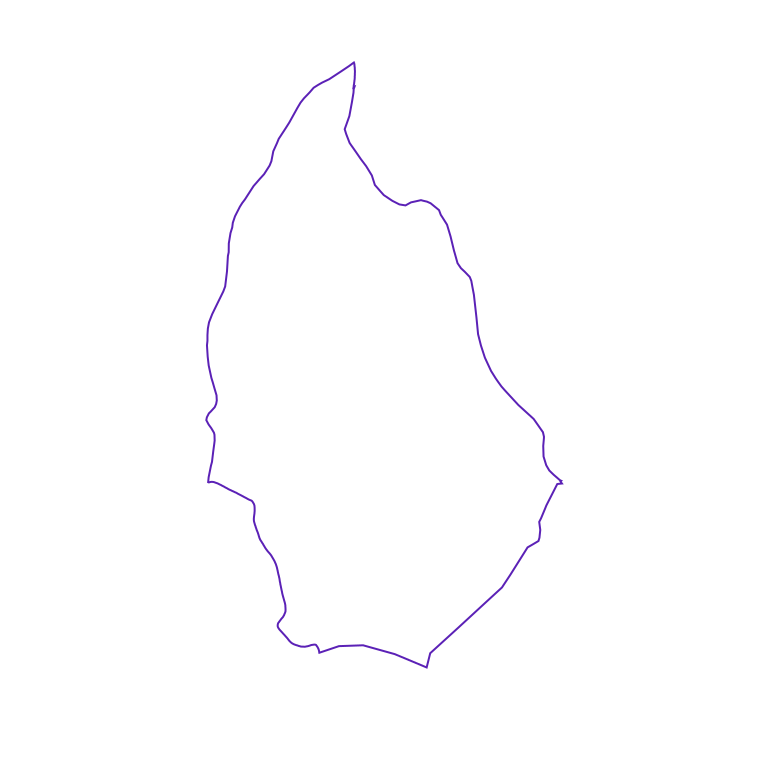 outline of L'Eau Mineau, Micoud, Saint Lucia, rotated 207°
{"feature_id": "8701671B61376458937885", "entity_name": "L'Eau Mineau", "entity_type": "district", "adm_level": 2, "iso_a3": "LCA", "parent_name": "Saint Lucia", "parent_adm1": "Micoud", "projection": "natural_earth1", "projection_center": [-60.921, 13.807], "detail": "fine", "context": "isolated", "style": "outline", "palette": "violet", "viewbox_px": 768, "rotation_deg": 207, "n_neighbors": 0, "source": "geoboundaries", "source_scale": "gbopen_adm2", "svg_char_len": 5938}
<svg xmlns="http://www.w3.org/2000/svg" viewBox="0 0 768 768"><g transform="rotate(207 384 384)"><path d="M180.3,376.1L180.9,376.4L181.6,376.8L182.6,377.4L182.2,378.2L183.7,378.2L186.9,379.0L191.4,380.1L194.7,381.1L197.5,382.0L201.7,384.7L202.6,385.3L208.9,391.8L214.0,401.1L216.7,407.8L217.5,409.6L220.5,413.2L229.5,418.0L234.8,420.8L254.8,426.3L271.3,432.4L272.3,432.8L272.9,433.0L278.2,435.1L282.9,437.5L285.7,439.0L287.5,440.0L294.5,444.2L303.7,451.4L306.1,453.3L315.1,462.3L317.2,464.7L322.8,471.1L331.8,485.2L344.4,504.3L349.2,510.5L353.0,515.5L354.7,517.0L356.2,518.3L363.1,520.7L368.0,522.1L373.3,525.0L380.4,532.7L382.1,534.5L391.7,545.7L400.2,554.6L407.6,559.0L410.2,560.5L413.9,563.9L424.5,566.2L428.5,566.0L432.1,565.1L434.5,564.6L439.1,560.8L442.4,558.1L444.1,555.6L445.9,552.9L451.8,551.0L459.7,551.0L469.9,552.2L474.8,554.1L482.5,557.2L489.5,564.3L498.8,570.0L506.8,573.9L511.4,576.4L516.8,579.3L522.1,582.1L524.1,583.2L529.0,587.6L531.0,589.4L532.1,590.5L534.7,593.2L535.3,597.9L536.5,607.0L540.6,620.8L543.4,629.6L544.6,632.4L544.9,633.1L545.2,635.3L545.8,634.4L546.1,635.4L546.5,636.3L546.7,637.0L546.9,637.8L547.2,638.6L547.5,639.3L547.7,640.0L548.1,640.9L548.3,641.6L548.6,642.4L549.0,643.3L549.3,644.0L549.7,644.7L550.0,645.5L550.4,646.4L550.8,647.1L551.1,647.8L551.4,648.5L551.9,649.5L552.3,650.2L552.7,650.8L553.1,651.5L553.4,652.1L553.8,652.8L554.4,653.6L554.9,654.4L555.3,655.1L555.7,655.6L556.1,656.2L556.8,656.8L559.5,651.4L564.3,642.8L571.2,630.7L576.0,624.4L578.6,620.4L581.2,616.0L582.6,610.2L585.0,602.3L586.1,596.9L586.5,590.9L587.1,573.9L587.7,567.6L589.1,554.6L588.7,550.0L588.3,541.1L585.5,531.4L585.1,526.7L586.1,516.5L587.7,510.7L590.1,501.1L591.7,485.3L592.5,480.9L592.9,476.5L592.9,465.8L591.9,459.0L590.3,454.6L589.3,448.8L586.1,438.8L582.2,430.9L581.2,427.2L575.0,413.0L569.8,398.8L569.2,393.5L569.0,380.2L568.8,368.3L567.9,359.5L566.1,353.4L563.5,347.4L560.9,342.3L559.3,338.1L553.5,328.3L548.6,320.9L540.6,311.1L537.2,307.6L533.3,303.4L528.1,297.9L525.5,293.4L524.5,290.0L524.3,286.5L525.9,280.7L526.7,278.3L526.7,273.9L525.9,271.1L521.9,268.3L517.8,266.2L513.4,263.4L512.0,261.8L509.2,256.7L508.0,253.4L505.4,246.0L501.9,236.5L501.1,232.7L497.9,221.3L496.1,216.7L495.4,216.8L494.8,217.3L494.3,217.8L493.6,218.3L493.0,218.6L492.4,218.9L491.6,219.2L490.9,219.4L490.1,219.5L488.5,219.7L487.2,219.9L486.5,219.9L485.7,219.9L485.1,219.9L484.3,219.9L483.6,220.0L482.7,219.9L482.0,219.9L481.3,219.9L480.5,219.9L479.7,219.9L478.7,219.8L477.9,219.8L476.8,219.8L476.1,219.8L475.2,219.7L474.0,219.7L473.4,219.7L472.2,219.8L471.1,219.8L470.4,219.8L469.6,219.9L468.7,219.9L467.6,219.9L467.0,220.0L466.2,220.0L465.5,220.0L464.7,219.9L464.1,219.9L463.1,219.9L462.4,219.9L461.5,219.9L460.8,219.9L459.8,219.9L459.1,219.8L458.4,219.9L457.5,219.8L456.8,219.8L456.2,219.8L455.3,219.8L454.4,219.8L453.7,219.7L452.9,219.7L452.2,219.7L451.5,219.7L450.5,219.8L449.6,219.9L448.9,219.9L448.0,219.6L447.3,219.2L446.7,218.8L446.0,218.4L445.3,217.9L444.7,217.3L444.2,216.8L443.8,216.1L443.4,215.5L442.9,214.6L442.1,213.1L441.7,212.3L441.3,211.4L441.0,210.6L440.6,209.7L440.1,208.2L439.8,207.4L439.5,206.5L439.1,205.6L438.8,204.8L438.3,203.9L437.7,202.9L437.2,202.3L436.4,201.4L435.8,200.8L435.3,200.2L434.8,199.7L434.3,199.3L433.6,198.6L433.1,198.0L432.6,197.6L432.1,197.1L431.6,196.6L431.0,196.0L430.4,195.5L429.7,194.9L429.1,194.4L428.4,193.7L427.8,193.1L427.2,192.5L426.6,191.8L426.1,191.4L425.7,190.9L425.0,190.2L424.2,189.6L423.7,189.1L423.1,188.8L422.5,188.4L421.7,188.0L421.1,187.6L420.5,187.2L419.7,186.8L419.0,186.4L418.5,186.0L417.7,185.5L417.0,185.1L416.4,184.7L415.8,184.3L415.3,184.0L414.7,183.7L414.2,183.4L413.4,183.0L412.7,182.7L411.8,182.2L411.2,182.0L410.3,181.6L409.7,181.4L408.9,181.1L408.3,180.8L407.6,180.5L406.6,180.0L405.7,179.4L404.9,178.9L404.1,178.4L403.3,177.9L402.4,177.3L401.5,176.7L400.8,176.2L400.0,175.5L399.1,174.8L398.6,174.4L397.9,173.7L397.4,173.2L396.8,172.6L396.3,172.1L395.8,171.5L395.2,170.8L394.5,169.9L394.0,169.4L393.6,168.8L393.0,168.1L392.5,167.5L392.0,166.8L391.5,166.3L391.0,165.7L390.5,165.2L389.9,164.4L389.3,163.7L388.8,163.1L388.3,162.4L387.8,161.7L387.4,161.1L386.7,160.2L386.0,159.4L385.6,158.7L385.0,158.0L384.6,157.5L384.1,156.9L383.5,156.1L382.6,155.0L381.9,154.1L381.3,153.4L380.8,152.8L380.3,152.2L379.9,151.6L379.4,151.0L378.7,150.2L378.0,149.4L377.4,148.8L377.0,148.3L376.4,147.7L375.7,146.9L375.2,146.4L374.7,145.8L374.2,145.3L373.1,144.1L372.4,143.3L371.8,142.5L371.4,142.0L371.1,141.4L370.7,140.7L370.2,139.9L369.7,139.0L369.3,138.3L369.0,137.6L368.6,136.9L368.5,136.2L368.3,135.4L368.3,134.5L368.2,133.5L368.1,132.6L368.2,131.8L368.2,130.8L368.4,129.8L368.6,129.1L368.8,128.3L369.0,127.4L369.1,126.6L369.2,125.9L369.4,125.1L369.5,124.1L369.7,123.4L369.7,122.5L369.5,121.6L369.2,120.8L368.8,120.0L368.4,119.5L367.7,118.9L367.2,118.6L366.3,118.1L365.5,117.7L364.5,117.3L363.8,117.1L363.2,116.8L362.5,116.6L361.5,116.2L360.5,115.8L359.4,115.4L358.8,115.2L358.1,114.9L357.3,114.6L356.6,114.3L355.7,114.0L354.8,113.6L354.1,113.3L353.5,113.0L352.7,112.6L352.1,112.4L351.4,112.0L350.8,111.9L350.0,111.6L349.2,111.4L347.8,111.2L346.8,111.2L345.7,111.2L345.1,111.3L344.2,111.4L343.6,111.5L343.0,111.6L342.3,111.8L341.6,111.8L341.0,111.9L340.2,112.1L339.6,112.2L338.9,112.3L338.2,112.6L337.6,112.9L336.9,113.2L336.3,113.5L335.6,113.8L334.9,114.2L334.3,114.7L333.7,115.2L333.1,115.6L332.3,116.3L331.8,116.8L331.1,117.5L330.6,118.1L329.9,118.7L329.2,119.2L328.6,119.6L328.1,120.0L327.5,120.3L326.7,120.6L326.0,120.6L325.3,120.2L324.7,119.9L324.1,119.6L323.5,119.2L322.8,118.7L322.2,118.3L321.8,117.8L321.2,117.3L320.5,116.4L320.0,115.7L319.6,115.2L305.1,130.0L284.0,141.7L251.8,148.2L217.3,150.8L220.6,165.1L207.3,200.3L194.4,235.1L186.5,256.3L186.3,258.3L184.8,271.6L181.9,303.6L179.1,307.9L175.1,314.2L175.7,317.6L178.5,324.9L183.1,331.6L183.1,335.6L183.9,346.1L184.2,349.5L184.2,373.5L183.1,374.3L180.3,376.1Z" fill="none" stroke="#5b21b6" stroke-width="2"/></g></svg>